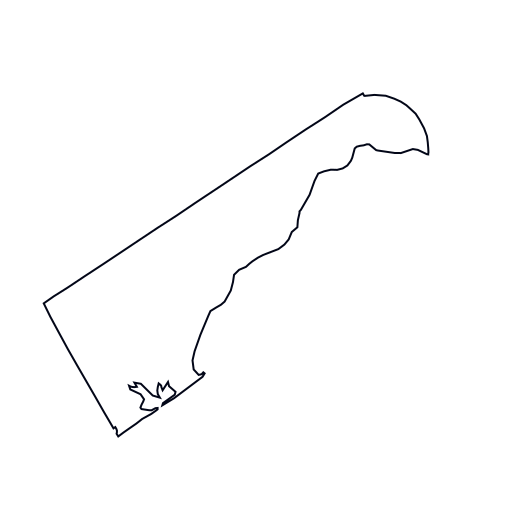 outline of Delaware, rotated 60°
{"feature_id": "USA-3555", "entity_name": "Delaware", "entity_type": "State", "adm_level": 1, "iso_a3": "USA", "parent_name": "United States of America", "parent_adm1": "", "projection": "mercator", "projection_center": [-75.371, 39.146], "detail": "fine", "context": "isolated", "style": "outline", "palette": "ink", "viewbox_px": 512, "rotation_deg": 60, "n_neighbors": 0, "source": "natural_earth", "source_scale": "10m", "svg_char_len": 1987}
<svg xmlns="http://www.w3.org/2000/svg" viewBox="0 0 512 512"><g transform="rotate(60 256 256)"><path d="M340.1,465.5L339.0,464.5L337.6,463.7L335.9,463.4L333.8,463.4L334.0,465.6L328.2,465.6L315.5,465.7L297.2,465.6L278.9,465.6L260.6,465.6L242.3,465.5L223.3,465.0L205.8,464.5L190.9,463.5L189.8,451.2L189.2,435.3L187.9,415.2L186.6,392.2L185.2,370.2L183.8,349.0L182.4,327.1L181.3,304.4L179.7,282.5L178.3,260.2L176.8,237.0L175.4,215.9L174.4,193.7L172.8,172.7L171.3,149.6L170.3,127.1L168.6,104.7L168.6,82.2L169.5,82.2L171.3,82.2L171.7,81.8L175.7,72.9L182.1,63.5L188.9,57.6L194.6,53.5L200.6,50.4L205.8,48.7L212.6,46.6L219.2,46.3L229.5,46.6L237.6,48.0L243.4,50.4L248.9,53.0L252.4,54.8L253.9,56.0L254.1,56.1L253.3,57.1L245.0,62.8L241.8,66.7L239.3,79.0L236.2,84.3L225.6,97.7L224.4,99.0L216.0,102.1L214.7,104.1L214.0,107.4L212.6,110.8L211.7,114.1L212.2,116.7L219.0,123.5L221.0,126.2L223.3,131.6L223.5,137.1L222.0,142.6L218.7,148.0L216.7,154.7L215.7,160.9L220.2,167.7L224.0,172.2L229.8,179.0L238.5,194.1L239.1,196.0L240.5,196.8L245.9,201.8L251.8,205.8L253.1,213.0L258.0,219.4L260.3,225.7L261.2,233.2L258.7,249.1L258.4,255.2L258.8,261.7L259.4,265.7L260.4,270.1L259.5,277.5L261.3,284.4L267.1,289.0L273.3,295.1L279.8,306.0L280.7,310.8L280.7,316.4L280.9,323.0L284.1,327.4L296.4,343.5L307.8,356.8L314.7,363.2L323.1,366.7L330.3,365.1L331.2,362.2L330.4,359.8L332.0,359.2L333.9,362.7L338.2,398.2L338.5,411.8L336.9,410.1L335.5,395.7L333.4,393.6L325.3,396.4L321.1,395.2L325.6,404.0L322.3,403.5L321.0,403.0L319.5,403.2L319.2,403.6L318.5,403.7L317.7,404.0L320.3,406.5L323.1,408.7L326.5,410.1L330.6,410.1L325.2,415.2L309.1,419.6L304.9,424.6L309.7,424.6L308.8,426.8L307.6,428.6L306.3,429.9L304.9,430.8L308.7,431.6L318.0,425.1L324.1,424.6L325.6,426.4L327.5,429.4L329.5,431.9L331.3,431.7L336.1,425.7L337.4,423.6L337.5,419.2L338.4,417.2L339.6,417.9L339.9,420.1L340.4,425.6L340.2,435.8L341.3,443.5L342.0,452.0L342.6,458.9L343.4,465.5L340.2,465.6L340.1,465.5Z" fill="none" stroke="#020617" stroke-width="2"/></g></svg>